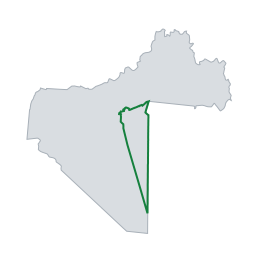 Goundam, Timbuktu, Mali shown in context, rotated 186°
{"feature_id": "8926073B20620148277365", "entity_name": "Goundam", "entity_type": "district", "adm_level": 2, "iso_a3": "MLI", "parent_name": "Mali", "parent_adm1": "Timbuktu", "projection": "robinson", "projection_center": [-4.645, 19.527], "detail": "fine", "context": "in_parent", "style": "outline", "palette": "green", "viewbox_px": 256, "rotation_deg": 186, "n_neighbors": 0, "source": "geoboundaries", "source_scale": "gbopen_adm2", "svg_char_len": 6564}
<svg xmlns="http://www.w3.org/2000/svg" viewBox="0 0 256 256"><g transform="rotate(186 128 128)"><path d="M38.8,199.5L38.9,198.4L38.1,197.7L38.1,197.4L38.5,194.3L38.5,193.6L38.8,192.0L38.3,191.4L38.2,190.8L36.9,188.9L36.5,187.2L35.9,186.1L34.4,185.8L33.9,186.7L33.5,186.9L33.0,186.2L32.7,185.6L32.8,185.1L30.8,182.5L31.0,181.1L31.7,180.3L32.0,179.1L31.3,177.7L31.4,176.4L31.3,174.5L30.2,172.9L29.5,172.2L28.8,171.1L29.3,168.4L28.2,166.2L30.3,167.1L31.4,166.3L32.3,165.1L33.2,163.6L33.6,161.8L33.7,160.2L34.6,157.7L35.6,156.5L37.7,154.7L38.3,154.9L41.7,158.6L43.7,160.5L44.4,161.5L45.0,161.5L46.0,159.7L47.0,158.1L47.5,157.7L50.9,157.5L52.7,157.8L54.3,158.2L56.6,158.4L62.6,157.2L62.7,156.5L62.6,155.6L62.8,154.9L63.3,154.3L63.8,154.2L63.9,156.3L64.4,156.6L65.8,156.7L110.2,156.7L112.0,145.8L108.8,141.9L97.5,25.2L118.5,25.2L122.2,27.9L190.0,79.1L190.4,80.8L190.3,83.0L190.8,83.7L191.8,84.5L195.7,86.7L196.0,87.1L196.1,88.0L196.6,89.1L197.4,89.8L198.4,90.3L199.5,90.6L203.0,90.9L203.8,91.5L205.3,93.5L206.1,93.9L210.8,95.0L212.4,95.5L214.0,96.4L214.9,97.3L214.9,100.4L215.6,102.5L215.6,103.0L214.9,103.9L214.7,104.5L213.8,106.1L214.0,106.8L215.7,108.0L216.5,108.4L217.4,108.4L227.3,106.2L227.8,135.9L227.4,136.4L227.2,141.7L226.5,144.8L225.3,147.1L224.5,150.5L224.0,151.1L223.7,153.1L222.9,154.2L221.7,154.7L219.4,156.9L219.2,158.6L213.8,157.6L213.5,157.7L213.2,157.9L213.1,158.8L199.3,159.4L192.6,159.8L188.3,163.8L185.6,164.2L182.1,163.8L180.3,163.8L179.6,164.1L179.5,164.8L174.0,162.7L172.0,163.4L171.6,163.2L171.4,162.7L170.4,162.5L168.8,162.6L167.7,162.9L164.2,166.1L162.3,166.9L158.8,168.7L156.4,170.4L155.5,170.7L154.1,170.7L153.0,171.1L152.0,174.7L151.3,175.1L147.1,173.6L146.3,173.8L145.6,174.2L143.3,176.4L142.1,178.1L141.5,180.3L141.6,181.8L141.2,182.3L140.1,182.4L138.2,181.9L137.6,182.1L137.3,183.2L137.4,185.7L136.9,187.4L135.8,187.9L134.9,188.5L134.2,188.7L133.6,188.6L130.2,186.1L129.1,185.7L127.9,185.9L126.6,187.0L124.5,189.6L124.7,190.5L125.3,191.6L125.7,192.9L125.7,194.1L122.6,195.8L123.4,197.0L123.3,200.4L121.9,201.9L121.4,202.9L120.0,204.0L118.8,204.6L115.1,205.5L113.5,206.6L112.8,207.5L112.7,208.4L112.8,209.5L113.6,211.7L113.3,213.7L112.7,216.1L112.1,217.1L110.4,218.3L110.6,219.9L110.8,222.1L110.5,224.9L110.0,226.9L109.6,226.7L107.9,226.8L106.1,227.4L105.4,227.8L105.3,228.5L103.7,230.1L102.7,230.0L101.8,229.5L101.3,229.1L101.2,228.9L101.8,227.6L101.8,227.2L101.3,225.0L101.4,224.5L101.1,222.8L101.0,222.7L99.0,223.5L98.9,223.8L99.2,224.8L99.0,225.0L98.3,225.0L97.3,224.6L96.2,223.7L95.9,224.0L95.8,224.8L95.8,225.7L96.0,227.3L95.7,227.9L94.0,227.8L92.6,228.0L92.3,228.6L92.1,229.3L92.4,230.0L92.4,230.3L91.8,230.8L91.5,230.8L90.7,229.9L87.6,229.2L87.3,228.0L87.0,228.0L85.9,226.7L85.5,226.7L85.2,226.9L84.0,226.8L82.9,228.0L82.1,229.5L81.2,230.2L79.9,230.5L80.1,229.6L79.7,228.3L77.0,226.7L76.6,226.0L75.9,222.4L75.9,221.3L76.1,220.4L76.1,219.6L75.8,219.0L75.0,218.5L74.1,218.2L73.0,219.0L72.5,219.1L72.0,219.0L71.8,218.8L71.8,218.4L73.0,216.5L73.6,215.7L74.7,214.7L75.0,214.2L75.0,213.8L74.9,213.6L74.2,213.2L73.0,212.3L72.3,212.2L71.8,211.8L71.3,210.4L71.0,210.1L70.4,209.9L69.9,209.6L70.0,206.1L68.8,203.6L67.8,200.3L67.3,199.5L66.3,198.9L65.2,198.4L64.2,198.3L63.0,198.6L63.0,199.0L63.7,200.0L63.8,200.6L63.7,201.2L63.4,201.5L61.9,201.9L59.8,203.1L59.1,204.5L58.6,204.7L57.8,204.5L52.3,202.1L50.0,203.2L48.5,205.2L48.1,205.9L47.4,206.5L47.0,206.5L46.6,206.1L45.0,203.0L44.3,202.2L43.4,202.2L42.7,202.7L41.9,203.8L40.9,204.7L40.3,205.0L39.8,204.9L37.5,202.8L37.4,202.3L38.4,199.9L38.8,199.5Z" fill="#d9dde1" stroke="#a8b0b8" stroke-width="1"/><path d="M113.6,154.2L113.9,154.0L114.2,153.6L114.3,153.5L114.4,153.4L114.6,153.1L115.0,152.7L115.4,152.4L115.6,152.2L115.8,151.9L115.9,152.0L116.0,152.0L116.3,152.2L116.5,152.2L116.6,152.3L116.7,152.2L117.0,152.2L117.3,152.1L117.5,152.0L117.6,151.9L117.9,151.8L117.9,151.7L118.0,151.7L118.3,151.6L118.5,151.4L118.8,151.3L118.9,151.2L119.0,151.2L119.4,151.0L119.4,150.9L119.5,150.9L119.8,150.7L120.0,150.6L120.3,150.5L120.4,150.4L120.6,150.3L120.7,150.2L120.8,150.1L121.0,150.1L121.3,149.9L121.5,149.8L121.6,149.7L121.8,149.6L122.0,149.5L122.1,149.4L122.3,149.3L122.6,149.2L122.8,149.1L123.0,149.0L123.1,148.9L123.3,148.9L123.5,148.7L123.8,148.6L124.0,148.5L124.1,148.4L124.3,148.4L124.5,148.2L124.8,148.1L125.0,148.0L125.2,147.9L125.3,147.8L125.5,147.7L125.8,147.5L125.9,147.4L126.0,147.4L126.3,147.3L126.3,147.2L126.5,147.1L126.8,146.9L127.0,146.8L127.2,146.7L127.3,146.7L127.6,146.5L127.7,146.4L127.9,146.3L128.0,146.3L128.1,146.2L128.3,146.2L128.5,146.1L128.8,146.2L128.8,146.3L128.8,146.6L128.9,146.8L128.9,147.0L129.0,147.3L129.3,147.4L129.3,147.5L129.5,147.6L129.8,147.7L130.0,147.7L130.3,147.8L130.5,147.8L130.8,147.8L131.0,148.0L131.3,148.1L131.6,148.1L131.8,148.1L132.1,148.2L132.3,147.9L132.7,147.7L133.2,147.4L133.2,147.2L133.3,146.4L133.6,146.0L133.9,146.1L134.3,146.2L134.5,146.0L134.2,145.7L133.8,145.4L133.9,145.2L133.7,144.8L133.7,144.5L133.9,144.4L134.1,144.3L134.5,144.4L134.8,144.3L135.2,144.2L135.6,143.8L135.9,143.7L136.4,143.5L136.6,143.3L137.0,143.5L137.2,143.0L137.3,142.8L137.9,142.2L138.1,141.9L138.3,141.8L138.3,141.5L138.3,141.1L138.0,141.2L137.8,141.2L137.5,141.2L137.2,141.2L136.9,141.1L136.6,141.2L136.4,141.0L136.5,140.8L136.6,140.5L136.6,140.2L136.6,139.8L136.4,139.4L136.3,139.1L136.2,138.7L136.1,137.5L135.9,133.5L134.4,132.2L133.1,131.3L132.9,130.3L132.7,128.8L132.6,127.3L126.7,110.9L114.6,81.6L110.6,71.9L99.7,45.2L99.9,47.4L100.3,51.0L100.4,51.8L100.5,52.8L100.6,54.9L100.9,57.6L101.2,60.2L101.5,63.5L101.8,66.7L101.9,68.2L102.2,71.0L102.5,73.5L102.7,76.2L103.0,79.2L103.1,80.4L103.1,80.6L103.2,81.5L103.5,84.2L103.7,86.9L104.0,89.7L104.4,93.4L104.4,93.7L104.4,93.8L104.4,94.5L104.4,95.1L104.7,97.8L104.8,98.8L104.8,99.0L105.0,100.4L105.2,103.1L105.4,104.6L105.5,105.6L105.5,106.2L105.7,108.2L105.8,109.3L106.0,110.9L106.1,112.4L106.3,113.9L106.4,115.4L106.6,116.9L106.6,117.7L106.7,118.6L107.0,120.9L107.1,122.1L107.2,123.4L107.4,125.0L107.5,126.7L107.7,128.2L107.8,129.6L108.0,131.3L108.1,133.1L108.3,134.8L108.4,135.9L108.4,136.1L108.6,138.0L108.7,139.1L108.8,140.9L109.0,142.2L109.0,142.9L110.6,143.9L112.3,145.2L112.3,145.5L112.2,146.1L112.0,147.2L111.9,147.8L111.6,149.5L111.5,149.8L111.4,150.7L111.3,150.9L111.2,151.4L111.0,152.6L111.0,152.8L110.9,152.9L110.9,153.0L110.7,154.3L110.4,155.7L110.2,156.6L110.4,156.5L111.1,156.3L112.1,155.9L112.3,155.8L112.3,155.7L112.5,155.5L112.6,155.4L112.7,155.2L112.8,155.2L113.0,155.0L113.0,154.9L113.2,154.7L113.3,154.7L113.5,154.4L113.6,154.2Z" fill="none" stroke="#15803d" stroke-width="2"/></g></svg>